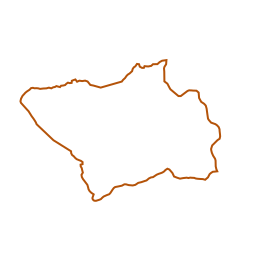 the district of Cândido Mota, São Paulo, Brazil, rotated 239°
{"feature_id": "56859067B55790387893872", "entity_name": "Cândido Mota", "entity_type": "district", "adm_level": 2, "iso_a3": "BRA", "parent_name": "Brazil", "parent_adm1": "São Paulo", "projection": "orthographic", "projection_center": [-50.425, -22.81], "detail": "fine", "context": "isolated", "style": "outline", "palette": "amber", "viewbox_px": 256, "rotation_deg": 239, "n_neighbors": 0, "source": "geoboundaries", "source_scale": "gbopen_adm2", "svg_char_len": 2467}
<svg xmlns="http://www.w3.org/2000/svg" viewBox="0 0 256 256"><g transform="rotate(239 128 128)"><path d="M81.3,66.2L81.0,68.1L81.5,70.0L81.8,71.8L81.4,75.2L80.9,77.8L81.4,79.5L83.2,83.2L83.9,85.0L84.0,86.6L82.9,89.6L81.7,93.1L81.6,95.8L80.7,97.3L78.7,99.2L77.6,100.7L76.3,102.5L75.5,105.0L75.7,108.5L74.7,111.6L74.0,114.8L73.5,116.9L74.0,120.0L73.8,122.2L73.0,124.2L73.1,126.3L73.2,128.5L72.9,130.7L72.4,132.9L72.1,134.7L72.2,136.8L72.7,138.4L72.8,140.8L71.1,142.1L66.5,142.9L62.7,142.5L60.1,144.5L57.8,146.5L56.7,149.4L55.2,152.7L54.0,154.0L53.4,155.8L52.3,157.3L51.2,159.0L49.8,160.1L48.5,161.7L47.3,163.4L45.6,165.9L43.9,167.5L44.5,171.1L46.4,174.2L46.7,175.9L46.8,178.1L45.9,180.0L44.9,182.2L47.1,182.5L49.9,183.4L55.0,186.3L56.8,186.8L60.4,186.7L63.5,187.1L65.8,187.8L67.2,188.4L69.7,191.2L71.5,198.5L71.6,201.0L73.4,202.7L75.2,203.6L78.3,205.0L79.8,205.8L82.0,206.2L84.5,205.7L86.3,204.9L89.8,202.0L93.3,201.4L94.8,201.4L98.4,202.9L104.2,205.4L105.7,205.8L107.2,206.2L109.6,205.7L112.7,204.2L117.1,204.4L122.0,206.8L124.7,205.9L126.8,202.7L127.7,201.5L128.8,199.8L129.1,198.1L128.2,189.7L129.4,187.7L139.3,184.3L140.9,184.3L145.7,184.6L149.2,183.2L157.6,188.1L160.6,189.6L161.7,190.8L163.0,193.5L166.4,195.9L168.1,191.9L168.2,189.0L167.6,186.1L168.7,184.2L169.8,182.3L169.3,179.9L170.3,177.1L171.4,175.5L172.5,174.0L171.4,172.6L172.3,171.0L174.5,169.7L177.0,170.3L178.3,168.7L177.1,166.1L177.0,164.2L176.1,162.3L174.6,160.8L173.9,157.4L173.9,155.6L173.5,153.8L172.3,151.1L171.8,148.6L171.0,146.6L176.7,125.4L182.2,120.2L184.3,117.9L186.5,117.6L188.7,117.3L190.7,115.6L191.8,112.9L193.6,110.7L193.9,108.2L196.7,107.9L197.1,106.0L197.4,104.2L195.7,102.9L196.6,101.0L197.8,99.9L197.7,98.1L197.2,96.2L197.8,94.3L198.7,92.4L198.1,90.8L199.3,89.6L200.8,88.2L200.8,86.4L201.4,84.9L201.5,82.7L203.3,81.0L204.0,78.5L205.5,75.7L206.8,72.8L208.3,71.4L209.3,70.0L210.2,68.3L211.4,67.2L212.1,65.5L211.5,63.3L211.4,60.4L211.1,58.2L210.5,56.3L209.9,54.2L208.2,51.4L206.3,49.6L204.7,49.2L195.4,51.0L193.6,51.4L187.7,51.5L184.7,51.8L182.1,51.9L180.3,51.9L178.3,51.6L155.9,57.8L137.4,67.2L135.6,66.3L133.5,66.2L131.9,66.9L129.7,67.3L127.8,67.9L125.5,69.6L124.1,70.7L122.2,71.5L120.4,70.4L121.0,68.5L119.5,67.7L117.5,67.7L115.4,67.0L113.0,66.3L111.8,64.0L109.7,63.2L107.4,63.1L104.9,63.4L102.0,63.7L100.2,63.9L97.9,63.3L95.7,62.6L93.6,62.6L91.3,63.2L88.8,64.4L87.4,62.7L86.3,61.4L84.8,61.0L83.1,61.6L82.1,63.0L81.3,66.2Z" fill="none" stroke="#b45309" stroke-width="2"/></g></svg>